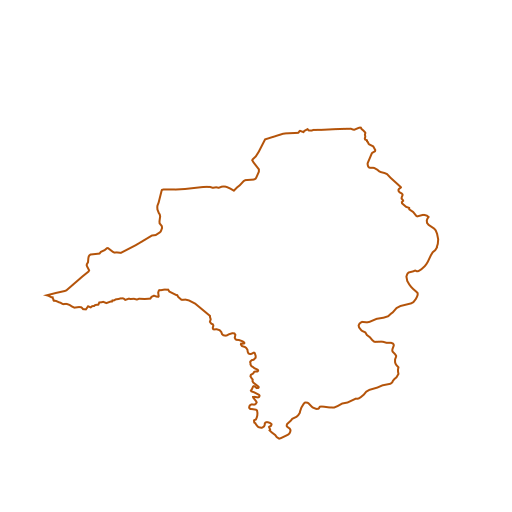 the district of Son Hoa, Phú Yên, Vietnam, rotated 293°
{"feature_id": "81297802B61701358015931", "entity_name": "Son Hoa", "entity_type": "district", "adm_level": 2, "iso_a3": "VNM", "parent_name": "Vietnam", "parent_adm1": "Phú Yên", "projection": "robinson", "projection_center": [108.871, 13.205], "detail": "fine", "context": "isolated", "style": "outline", "palette": "amber", "viewbox_px": 512, "rotation_deg": 293, "n_neighbors": 0, "source": "geoboundaries", "source_scale": "gbopen_adm2", "svg_char_len": 6140}
<svg xmlns="http://www.w3.org/2000/svg" viewBox="0 0 512 512"><g transform="rotate(293 256 256)"><path d="M138.1,78.8L138.3,80.3L138.1,83.6L138.5,85.0L137.7,85.4L136.8,86.6L136.1,86.9L135.8,87.4L136.3,88.7L136.5,89.7L136.4,92.8L136.6,94.2L136.3,96.6L136.5,97.8L137.1,98.6L137.9,100.4L138.0,101.6L138.1,103.6L137.6,106.3L137.5,109.0L139.9,113.1L140.5,115.1L140.3,116.0L139.5,117.6L140.4,120.3L144.1,121.1L144.1,123.9L145.8,124.8L146.8,126.6L147.7,126.9L148.6,128.0L149.6,129.9L152.0,129.9L153.0,131.8L154.1,133.3L154.2,136.7L157.3,140.0L157.8,141.2L159.0,141.2L159.5,142.5L161.3,143.9L162.8,146.4L164.0,147.8L165.0,150.0L165.0,151.3L164.5,152.8L167.1,155.7L167.3,157.2L168.9,160.3L169.4,163.4L171.0,165.1L172.9,170.3L175.5,175.4L177.6,175.8L179.6,177.6L179.8,180.4L180.3,182.0L181.0,182.1L184.0,180.3L185.8,180.1L186.8,180.3L187.4,181.9L189.3,184.8L190.5,187.9L190.7,188.3L189.4,190.1L188.9,197.8L189.2,198.8L187.9,200.4L186.6,204.4L186.9,205.4L188.3,208.1L188.9,211.6L188.4,218.6L182.9,237.0L181.7,237.6L180.1,239.0L177.4,239.3L176.3,241.1L176.2,241.9L176.3,242.8L175.7,243.6L175.1,244.0L173.2,244.2L172.3,244.7L171.9,245.3L172.0,246.1L173.2,248.3L173.5,251.5L172.5,253.7L170.8,255.3L170.3,256.9L170.7,258.9L171.4,260.1L173.4,261.7L175.7,264.4L176.3,266.4L175.4,267.8L172.4,268.4L171.3,269.8L171.2,270.7L172.0,273.1L172.2,276.4L172.1,277.9L171.7,279.0L171.3,279.3L170.7,279.1L169.5,276.5L168.6,276.7L167.6,278.3L167.9,281.4L167.6,282.8L166.4,284.7L164.6,285.8L163.4,287.1L163.3,287.9L163.5,289.1L164.3,290.2L166.1,291.6L166.3,292.2L166.1,292.8L163.8,294.8L162.2,295.4L159.5,294.3L158.5,292.8L156.6,292.0L156.0,292.1L155.2,292.8L154.0,293.3L152.8,294.9L152.6,296.6L152.1,298.3L152.0,301.8L151.7,302.5L151.2,302.8L150.3,302.5L149.2,300.2L148.6,299.6L146.8,299.3L144.6,297.7L143.1,297.9L141.7,299.8L141.0,301.2L139.4,301.7L138.4,303.0L137.0,308.3L136.6,309.5L136.1,309.8L135.5,309.7L134.7,308.2L135.5,305.6L135.2,304.6L134.5,304.3L132.1,304.3L130.1,303.9L129.6,304.7L129.8,307.6L129.4,312.8L129.2,313.4L128.7,313.9L127.5,313.9L126.6,313.1L125.8,309.8L125.1,308.4L124.6,308.7L122.2,313.1L121.5,313.8L120.0,313.6L118.8,312.9L118.3,312.0L117.8,310.1L116.7,309.0L115.2,308.6L113.6,309.0L112.9,310.5L113.5,312.0L114.5,316.0L114.2,317.3L112.0,318.7L109.7,319.5L107.5,319.8L105.5,319.8L104.2,318.5L103.7,318.5L102.0,319.5L101.8,320.8L101.1,321.6L100.0,323.6L99.5,324.8L99.5,325.7L100.0,328.2L100.6,328.9L102.3,330.0L104.0,330.0L105.4,329.5L106.4,329.8L107.1,330.5L107.6,331.8L107.8,334.0L107.4,335.8L107.1,336.1L105.6,336.2L104.2,335.0L103.7,334.8L101.8,336.8L100.8,336.6L99.8,339.3L98.7,343.7L97.4,345.8L96.9,348.7L98.1,350.1L102.4,353.9L104.2,355.4L105.7,356.1L107.6,356.2L109.2,355.8L110.3,354.5L110.9,351.8L111.3,350.9L112.2,350.4L113.5,350.3L118.1,352.4L120.3,353.0L123.8,356.1L126.0,357.1L128.9,357.6L129.9,357.3L134.2,357.0L138.3,357.6L139.9,358.1L140.4,358.6L140.7,359.5L141.0,360.3L141.0,361.7L139.0,366.4L138.7,367.7L138.8,371.3L139.7,373.0L140.3,373.4L142.1,373.6L142.8,374.6L143.7,377.0L145.2,382.5L147.0,387.1L149.8,389.8L153.9,393.0L156.9,397.5L163.7,403.6L164.1,404.9L165.0,406.2L167.0,407.6L170.5,409.4L174.2,410.5L177.1,412.7L182.3,419.1L186.4,423.0L190.8,429.5L191.9,430.3L193.2,430.8L194.6,430.8L196.9,431.5L199.2,432.7L203.1,433.2L204.9,432.0L206.8,431.1L209.2,430.6L210.4,427.9L211.4,426.5L212.6,425.5L215.2,424.4L218.1,424.3L219.0,423.9L220.1,422.1L221.3,419.2L222.0,418.5L223.5,418.0L227.4,417.8L228.3,417.3L228.9,416.3L228.9,414.4L227.1,410.1L226.7,406.7L226.2,405.0L223.5,399.2L223.3,398.2L224.0,395.9L225.7,392.6L226.6,388.9L228.4,386.5L228.5,383.0L228.8,381.9L230.5,378.8L232.2,377.6L234.2,377.7L235.7,378.5L236.8,379.4L238.3,384.1L239.7,386.2L245.3,391.6L249.1,397.6L252.2,401.2L255.7,402.8L257.5,403.9L263.0,405.7L266.4,408.5L273.0,417.3L275.0,418.9L278.8,419.9L281.3,420.1L283.4,420.0L285.0,419.3L285.6,418.0L287.1,413.4L288.2,410.8L289.7,408.2L292.1,405.0L295.8,402.5L298.0,402.3L299.2,402.4L300.5,403.0L303.2,406.6L304.8,408.2L304.8,410.1L305.4,411.2L306.2,411.9L308.4,413.4L312.5,415.3L315.1,416.0L317.8,416.4L325.1,416.7L328.5,417.2L331.4,418.7L334.7,419.2L335.1,418.9L338.2,418.6L342.5,417.2L347.2,414.0L349.8,411.4L350.5,410.0L350.9,409.0L352.1,402.7L353.3,400.5L355.5,399.3L357.5,399.2L359.3,399.6L359.9,397.6L359.6,394.9L359.0,393.5L355.5,389.0L355.5,388.0L357.9,383.5L358.8,378.9L360.1,378.2L359.9,374.9L361.5,369.9L362.6,369.2L364.3,369.9L364.9,369.3L365.7,367.6L366.9,367.2L369.5,367.1L370.0,366.7L370.5,365.6L370.7,363.5L371.3,362.1L372.4,361.3L373.7,361.4L375.2,362.4L375.8,362.6L376.0,362.4L380.6,349.2L382.6,344.6L382.6,341.9L382.0,338.0L382.1,336.2L382.8,334.1L383.2,330.6L383.0,329.5L381.7,326.3L381.7,325.2L382.3,324.2L383.3,323.4L384.4,322.7L385.5,322.5L395.7,322.5L396.4,322.7L398.9,324.6L400.1,324.4L402.7,321.1L403.0,316.5L403.4,315.6L404.5,314.6L404.9,313.4L405.8,313.0L405.9,310.9L406.8,310.2L408.5,310.0L410.4,308.8L412.0,308.6L412.4,308.2L413.5,305.7L414.1,303.6L415.1,302.4L414.9,301.6L414.0,300.4L410.6,297.1L410.3,295.9L410.2,293.6L407.4,287.3L403.6,279.1L397.6,266.8L394.5,259.6L393.2,258.2L392.2,255.6L392.3,255.1L392.9,253.9L390.0,251.6L388.6,251.3L388.4,247.6L388.0,247.3L386.2,246.9L385.8,246.6L380.5,235.5L379.0,233.0L366.9,218.8L353.0,217.8L347.6,216.9L343.7,215.2L342.7,215.1L341.2,217.1L336.9,224.8L334.7,225.7L328.2,225.6L327.0,225.4L326.1,224.7L325.3,223.7L321.7,216.6L320.2,215.4L314.7,213.4L311.8,211.8L307.5,210.1L308.0,206.1L308.1,202.6L307.9,200.7L307.4,199.3L306.6,197.6L304.2,195.0L303.7,192.5L301.9,189.6L301.6,186.7L300.2,183.2L298.5,179.7L290.0,164.6L286.0,156.5L281.2,145.0L280.1,143.6L279.2,143.6L267.1,145.5L263.9,145.6L262.5,146.0L260.3,147.1L257.5,149.8L256.7,151.1L255.0,152.3L250.2,153.6L248.4,154.5L246.8,157.5L246.1,158.0L245.0,158.6L242.6,158.7L241.3,158.7L240.1,158.2L236.1,155.5L234.2,152.2L219.0,141.1L206.1,130.4L204.9,126.4L203.8,124.3L203.9,122.6L205.4,116.8L205.3,116.3L205.0,115.8L202.3,114.4L199.2,111.6L197.1,111.0L192.7,103.1L191.5,102.4L190.3,102.2L188.6,102.5L184.6,103.8L182.5,103.5L181.4,103.7L180.4,104.6L177.6,108.0L176.2,107.9L169.5,104.3L150.3,94.9L149.1,93.7L143.9,86.4L138.1,78.8Z" fill="none" stroke="#b45309" stroke-width="2"/></g></svg>